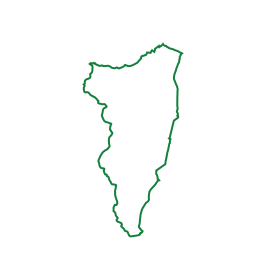 outline of Bojacá, Cundinamarca, Colombia, rotated 31°
{"feature_id": "7082276B91905392471943", "entity_name": "Bojacá", "entity_type": "district", "adm_level": 2, "iso_a3": "COL", "parent_name": "Colombia", "parent_adm1": "Cundinamarca", "projection": "robinson", "projection_center": [-74.318, 4.687], "detail": "fine", "context": "isolated", "style": "outline", "palette": "green", "viewbox_px": 256, "rotation_deg": 31, "n_neighbors": 0, "source": "geoboundaries", "source_scale": "gbopen_adm2", "svg_char_len": 5800}
<svg xmlns="http://www.w3.org/2000/svg" viewBox="0 0 256 256"><g transform="rotate(31 128 128)"><path d="M67.6,113.5L68.1,113.7L68.4,113.6L68.9,113.9L69.2,114.3L69.2,115.6L69.4,116.2L70.4,117.9L72.1,119.5L72.9,119.5L73.4,119.3L73.8,118.8L74.5,118.3L75.3,118.1L75.8,118.0L76.4,118.2L77.2,118.3L77.6,118.5L78.2,118.9L79.8,119.0L81.1,118.9L81.8,118.8L82.0,119.0L83.2,118.7L83.7,118.8L86.3,119.3L87.5,119.8L88.7,120.1L88.8,120.9L89.6,121.6L89.8,122.0L91.5,121.6L93.9,120.8L95.5,119.7L96.2,119.6L98.2,120.4L98.6,120.7L98.6,121.2L98.4,121.8L98.0,122.2L97.7,122.7L97.2,123.8L97.1,124.7L97.4,125.9L98.2,127.7L99.0,130.4L99.4,131.1L100.9,132.2L101.8,132.8L102.8,133.5L103.9,134.1L104.4,134.2L105.6,134.3L106.5,134.1L107.6,133.7L109.7,133.3L110.6,133.4L111.0,133.0L111.5,133.1L111.6,133.9L112.2,136.2L112.6,137.1L112.9,137.6L113.3,138.4L113.8,138.9L114.6,139.0L115.2,139.6L116.6,140.0L117.1,140.3L117.3,140.6L117.4,141.5L117.4,142.7L117.2,143.8L116.9,144.8L116.9,145.7L117.1,146.7L117.5,147.6L118.0,148.5L119.1,150.3L121.2,152.6L121.7,153.5L121.7,154.2L121.5,154.8L121.5,155.7L121.3,156.6L120.7,157.7L119.8,159.3L119.6,159.8L119.4,160.5L119.0,161.4L118.9,162.2L118.8,163.2L118.8,163.7L118.8,165.9L118.8,166.3L118.9,166.9L119.1,169.1L119.3,170.3L119.8,171.8L121.1,172.8L122.3,174.2L123.2,175.1L124.4,175.8L125.3,176.1L126.3,175.9L127.2,175.6L127.8,175.2L128.3,175.1L128.7,175.2L129.1,176.1L129.2,176.8L129.5,177.5L131.3,178.9L132.3,179.5L133.3,179.0L133.7,179.0L134.2,179.5L134.4,179.9L134.7,180.1L135.4,179.9L136.1,179.9L136.5,180.1L138.9,182.2L139.5,182.6L140.2,182.8L141.2,183.3L141.7,183.8L142.7,184.3L143.2,184.4L143.8,184.3L145.1,183.6L146.7,183.1L147.1,183.1L147.5,183.4L147.7,184.5L148.4,185.6L148.6,186.4L148.9,187.6L149.3,188.4L149.7,189.4L150.3,190.0L151.4,192.0L151.9,192.4L152.8,193.4L153.3,194.0L154.3,194.6L154.7,195.1L155.6,195.8L156.6,196.6L157.0,197.2L157.7,198.4L157.8,199.6L157.7,199.9L157.1,200.3L156.7,200.3L156.4,200.6L156.2,201.1L156.5,202.3L156.5,203.2L156.7,203.9L157.5,205.0L157.8,205.6L158.0,205.9L158.4,206.7L159.2,206.8L160.0,207.0L160.8,207.3L161.5,208.1L162.5,209.1L163.6,209.8L164.8,210.1L165.5,210.4L165.7,211.0L165.7,211.5L165.5,212.1L165.5,212.3L166.0,213.2L167.0,213.6L167.4,213.6L168.5,213.3L169.2,213.3L170.0,213.1L170.7,213.1L170.9,213.0L171.4,213.1L172.4,213.8L172.5,214.0L172.5,214.3L172.7,214.6L172.8,214.8L172.7,215.6L172.8,215.7L173.1,215.9L176.2,216.5L177.5,217.3L178.6,217.7L178.8,217.7L179.8,217.3L181.0,217.2L183.9,219.3L184.5,219.5L185.5,219.8L186.6,219.2L191.3,215.3L192.2,214.5L192.8,213.7L193.0,213.3L193.1,213.0L192.7,212.5L192.6,212.1L192.7,211.9L192.8,211.4L193.3,211.1L193.7,210.4L193.8,210.0L193.6,209.5L193.6,208.9L193.0,208.8L192.2,208.8L191.6,208.6L190.7,208.1L189.0,207.6L188.5,207.3L188.1,206.7L187.8,206.1L187.5,204.9L187.2,204.0L186.2,201.8L185.4,200.4L184.4,197.8L183.6,196.3L183.1,194.9L182.1,191.2L181.8,189.1L181.9,186.1L181.9,185.0L181.9,183.6L182.1,182.5L182.5,181.9L182.9,180.6L183.0,180.0L183.0,179.4L182.9,178.8L182.5,178.1L181.3,176.4L181.0,175.7L180.8,175.4L179.3,172.0L179.2,171.4L179.2,169.0L179.2,168.3L179.6,167.1L179.8,166.0L180.4,163.0L180.5,162.0L180.6,159.3L180.7,158.4L180.8,157.9L181.0,157.5L181.6,156.8L181.0,156.6L180.7,156.6L180.1,156.8L179.9,156.7L179.5,155.9L178.8,155.2L178.1,154.3L177.7,154.0L177.4,153.7L175.9,152.8L175.7,152.6L174.9,151.3L174.6,150.3L174.5,150.0L174.2,149.8L174.5,149.1L178.6,139.8L178.1,138.6L177.4,137.1L176.8,135.2L174.3,128.6L173.7,126.2L171.8,120.9L171.5,120.1L171.7,119.5L170.0,116.4L170.0,116.1L170.2,115.8L170.1,115.7L169.9,115.9L169.3,115.8L169.2,115.7L168.8,115.8L168.6,115.8L168.8,115.0L163.5,98.0L163.7,97.7L164.0,97.0L165.0,94.6L165.5,93.2L165.5,92.8L165.1,92.5L164.7,92.4L164.5,91.9L164.0,91.9L164.1,91.3L164.0,91.1L163.4,90.1L162.4,89.4L161.9,89.2L161.5,88.9L161.2,88.2L160.8,86.5L160.4,85.5L159.7,84.7L159.2,84.1L158.8,83.6L158.4,82.8L158.0,82.3L156.4,79.5L155.6,78.2L153.2,74.0L152.7,73.0L152.0,71.9L150.5,69.0L148.7,67.2L145.5,64.9L144.0,63.7L142.2,62.4L141.9,62.0L140.5,59.1L140.0,57.3L139.4,54.0L138.8,52.1L138.3,48.9L138.0,47.8L137.9,45.8L137.8,45.3L137.5,44.3L136.8,43.0L136.9,42.5L136.8,42.2L136.5,41.8L136.4,41.5L135.9,40.8L135.7,40.4L135.6,38.4L135.3,37.6L135.8,36.5L135.9,36.2L135.7,36.2L133.5,36.4L131.1,36.5L129.0,36.9L127.6,37.2L126.9,37.2L125.6,37.4L124.2,37.8L123.0,38.2L121.5,38.4L120.7,38.2L119.9,38.4L119.6,38.4L119.1,38.2L118.7,38.1L117.7,38.3L117.5,38.5L116.5,38.6L115.3,38.4L114.8,38.1L114.8,38.4L114.0,40.9L113.8,41.0L113.2,42.5L112.2,41.7L110.6,45.8L110.4,46.2L111.0,47.7L111.3,49.2L110.6,49.2L109.1,49.0L108.6,49.0L108.4,49.9L108.6,52.0L105.5,53.4L105.7,54.3L105.7,54.9L105.9,55.3L105.8,55.9L105.6,56.3L105.4,56.4L105.2,56.7L104.7,57.1L104.5,57.7L104.1,58.2L103.8,58.4L103.5,58.5L103.2,58.7L102.8,59.5L102.7,60.3L102.8,60.8L103.1,60.9L103.2,61.2L103.3,61.5L103.3,61.9L102.9,64.1L102.6,65.5L102.5,66.6L102.3,67.3L100.7,70.1L98.9,72.7L97.9,73.8L96.5,74.7L95.9,75.0L95.5,75.1L95.0,75.0L93.9,75.4L93.5,75.3L93.3,75.3L93.1,75.4L92.9,75.7L92.8,76.8L92.5,77.6L92.2,77.9L92.1,78.3L91.1,79.7L90.0,81.0L89.8,81.4L89.4,81.6L88.6,81.8L88.2,81.8L87.8,81.7L87.4,81.7L87.1,82.0L86.4,83.0L86.0,83.4L85.7,83.8L83.0,84.7L81.1,84.5L79.5,84.7L78.2,85.3L77.6,85.9L77.2,86.2L76.0,87.1L75.4,87.2L75.0,87.6L74.4,87.6L74.0,87.7L73.5,87.7L73.3,87.9L73.3,88.1L72.8,88.4L71.9,89.3L71.5,89.4L70.6,89.5L70.1,89.8L69.2,89.7L68.4,90.0L68.1,90.0L67.2,89.8L66.7,89.5L66.3,89.4L66.0,89.7L65.9,90.1L65.0,90.0L64.9,90.5L64.5,90.7L63.8,91.1L63.7,91.4L63.4,91.6L62.8,91.6L62.5,91.7L62.2,92.8L63.6,93.0L64.5,92.9L65.1,93.0L65.8,93.5L66.5,94.5L68.3,98.0L68.3,100.1L67.8,101.2L68.4,102.2L68.7,102.5L69.5,103.6L69.5,104.6L69.2,105.3L68.8,105.8L68.5,106.4L67.6,107.3L67.1,108.1L66.9,108.9L66.8,109.6L67.3,110.9L68.0,112.0L68.0,112.6L67.6,113.5Z" fill="none" stroke="#15803d" stroke-width="2"/></g></svg>